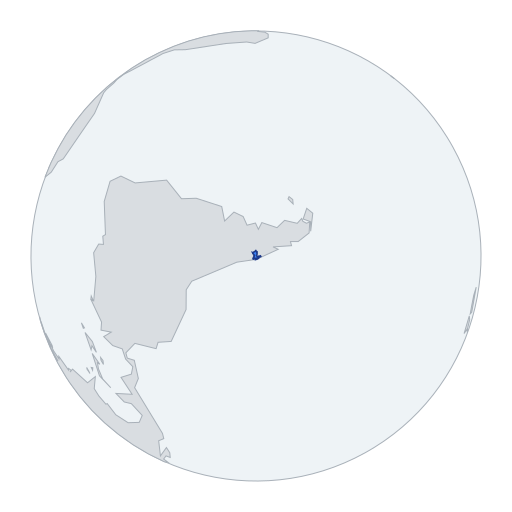 globe centered on Bío-Bío, rotated 241°
{"feature_id": "CHL-2702", "entity_name": "Bío-Bío", "entity_type": "Region", "adm_level": 1, "iso_a3": "CHL", "parent_name": "Chile", "parent_adm1": "", "projection": "orthographic", "projection_center": [-72.611, -37.461], "detail": "fine", "context": "on_globe", "style": "filled", "palette": "blue", "viewbox_px": 512, "rotation_deg": 241, "n_neighbors": 0, "source": "natural_earth", "source_scale": "10m", "svg_char_len": 5233}
<svg xmlns="http://www.w3.org/2000/svg" viewBox="0 0 512 512"><g transform="rotate(241 256 256)"><circle cx="256" cy="256" r="225" fill="#eef3f6" stroke="#a8b0b8"/><path d="M235.9,31.6L238.1,31.5L241.2,31.2L258.6,30.7L276.0,31.6L293.3,33.8L287.4,33.0L271.6,31.4L260.1,31.9L275.3,31.9L278.1,33.0L281.8,33.6L286.2,34.0L288.2,33.8L290.7,34.6L276.6,34.3L274.1,33.6L278.6,33.5L271.2,33.0L261.6,33.8L263.8,34.9L247.2,36.7L248.5,37.6L245.6,38.9L244.6,37.1L246.0,40.7L226.8,47.2L228.4,57.0L218.4,50.2L209.7,50.7L199.1,52.9L199.1,54.3L185.1,56.4L172.2,63.3L167.1,73.2L171.7,79.2L187.3,75.4L192.2,70.0L203.7,66.9L195.1,80.6L215.3,79.1L213.1,89.7L218.9,94.6L229.1,92.0L239.6,94.0L247.1,87.3L259.3,83.7L259.6,92.5L266.3,84.5L273.1,88.9L297.2,90.5L295.4,92.3L315.7,106.0L337.6,115.6L342.7,124.2L340.1,128.2L347.6,131.6L347.7,134.7L377.3,149.7L392.1,164.6L391.4,176.6L378.5,185.7L365.7,214.6L342.2,218.6L335.5,231.7L315.9,250.0L301.8,245.5L305.1,258.0L296.7,263.9L287.3,263.1L285.1,271.5L278.2,271.0L282.4,277.3L270.6,288.1L273.3,298.3L264.6,307.9L266.7,314.1L263.6,313.8L260.2,316.0L259.7,319.5L250.4,313.6L248.2,299.9L251.9,293.1L247.8,292.1L255.7,275.3L251.1,278.7L252.9,254.8L259.9,236.2L265.1,187.6L260.3,178.6L243.1,168.9L222.4,140.4L228.0,128.5L223.4,123.7L238.3,107.7L234.4,95.2L229.1,93.9L223.8,99.0L205.9,93.7L199.7,86.0L146.2,88.2L141.0,86.8L141.6,81.3L127.5,75.5L131.9,84.8L125.7,85.2L121.4,83.3L124.8,80.4L123.2,76.8L118.2,79.0L120.4,76.1L135.1,65.9L150.6,56.9L166.8,49.2L183.5,42.7L200.6,37.6L218.2,33.9L235.9,31.6ZM227.1,61.0L250.2,65.5L237.0,66.9L239.5,65.6L233.7,63.5L222.8,62.3L211.2,65.1L227.1,61.0ZM237.7,54.0L233.7,53.8L237.6,53.5L237.7,54.0ZM265.9,326.4L251.1,315.8L259.5,320.4L265.5,315.2L273.1,323.5L265.9,326.4ZM283.5,313.7L290.4,311.7L291.9,313.7L287.6,315.5L283.5,313.7ZM455.5,360.6L451.5,367.9L451.9,366.0L447.5,372.2L444.1,374.2L440.9,372.4L442.4,358.3L447.7,351.6L456.4,332.8L470.7,294.2L475.9,284.5L478.2,272.8L478.7,239.0L479.0,228.3L477.8,220.0L476.2,215.5L474.1,205.7L472.6,201.9L459.0,183.9L451.4,168.5L434.4,134.5L434.5,128.5L428.6,117.6L427.2,109.6L437.0,121.9L445.9,134.9L454.0,148.5L461.0,162.6L467.0,177.1L472.0,192.1L476.0,207.4L478.8,222.9L480.6,238.6L481.3,254.3L480.8,270.1L479.3,285.8L476.7,301.3L473.0,316.6L468.2,331.7L462.4,346.3L455.5,360.6ZM433.3,117.0L435.2,119.7L435.3,119.7L433.3,117.0ZM298.0,90.4L300.9,92.5L297.0,92.1L298.0,90.4ZM235.1,70.0L240.0,69.9L242.6,70.9L238.8,71.5L235.1,70.0ZM276.5,69.9L282.2,70.9L276.3,71.1L276.5,69.9ZM253.9,66.3L272.0,69.4L260.5,71.4L249.1,69.7L257.0,69.0L253.9,66.3ZM235.3,57.7L238.4,57.9L237.4,59.1L235.3,57.7ZM240.6,53.8L239.4,54.0L237.9,53.2L240.6,53.8ZM278.9,33.0L280.1,33.1L284.6,33.6L282.5,33.6L278.9,33.0ZM296.2,34.3L295.6,34.3L304.2,36.1L307.7,37.3L303.7,36.2L301.6,36.0L290.5,33.9L295.9,34.3L296.2,34.3ZM277.3,31.9L283.6,32.7L276.4,31.8L277.3,31.9ZM348.6,461.1L343.9,463.1L346.9,461.6L348.6,461.1ZM102.2,417.4L101.5,415.3L108.0,420.6L116.1,427.4L122.0,433.5L102.2,417.4ZM96.7,412.0L90.8,406.6L86.8,403.8L89.7,405.1L87.3,400.4L100.2,413.5L96.7,412.0Z" fill="#d9dde1" stroke="#a8b0b8" stroke-width="1"/><path d="M260.8,254.6L260.7,254.7L260.6,254.8L260.6,255.0L260.4,255.3L260.4,255.5L260.5,255.8L260.6,256.0L260.6,256.3L260.6,256.5L260.4,256.7L260.4,256.8L260.4,257.0L260.6,257.5L260.7,257.8L260.8,258.1L260.9,258.3L261.0,258.4L261.0,258.5L260.9,258.6L260.5,258.5L260.4,258.4L260.1,258.4L259.8,258.5L259.7,258.5L259.5,258.8L259.4,258.9L259.2,258.9L259.1,259.0L258.9,259.0L258.8,258.9L258.8,258.7L258.7,258.5L258.7,258.4L258.8,258.4L258.7,258.3L258.3,258.3L258.2,258.3L258.1,258.2L257.9,258.1L257.7,258.2L257.4,257.9L257.2,257.8L257.1,257.7L256.8,257.6L256.7,257.5L256.6,257.4L256.4,257.2L256.4,256.9L256.2,256.8L255.9,256.8L255.8,256.7L255.7,256.7L255.3,256.7L255.1,256.7L254.9,256.8L254.7,256.8L254.6,256.7L254.5,256.8L254.5,257.0L254.4,257.0L254.5,257.1L254.6,257.3L254.6,257.5L254.4,257.6L254.4,257.8L254.4,258.0L254.3,258.3L254.5,258.5L254.1,259.2L254.1,259.3L253.9,259.4L253.9,259.5L254.0,259.9L254.0,260.0L253.9,260.0L253.8,259.9L253.7,259.8L253.4,259.9L253.2,260.0L253.1,259.8L253.1,259.7L253.2,259.4L253.2,259.2L253.3,259.1L253.4,258.5L253.4,258.3L253.3,258.2L253.2,257.9L253.1,257.5L252.9,257.2L252.7,257.1L252.7,256.8L252.7,256.7L252.7,256.4L252.8,256.4L252.9,256.2L252.9,255.9L252.7,255.6L252.7,255.3L252.8,255.3L252.8,255.0L252.8,254.9L253.0,254.8L253.2,255.0L253.3,255.0L253.5,255.1L253.8,255.1L254.0,254.9L254.2,254.5L254.2,254.3L254.2,254.2L254.3,254.0L254.3,253.5L254.3,253.4L254.2,253.3L254.2,253.2L254.3,253.1L254.4,252.9L254.4,252.7L254.5,252.7L254.5,253.0L254.8,253.1L254.8,252.8L254.9,252.7L254.8,252.3L255.0,252.3L255.1,252.0L255.3,252.1L255.4,252.3L255.4,252.5L255.5,252.6L255.7,252.8L255.8,252.9L256.0,253.0L256.1,253.4L256.1,253.5L256.1,253.8L256.0,253.7L255.9,253.7L255.9,253.8L256.0,253.9L256.3,253.9L256.5,253.8L256.8,254.0L257.0,254.2L257.3,254.3L257.3,254.5L257.1,254.6L257.1,254.8L257.3,255.0L257.6,254.9L257.9,254.9L258.2,254.9L258.4,254.8L258.5,254.7L258.8,254.7L259.1,254.7L259.3,254.7L259.5,254.4L259.8,254.4L260.0,254.5L260.4,254.6L260.5,254.6L260.8,254.6ZM253.1,254.2L253.2,254.3L253.3,254.3L253.2,254.4L253.2,254.5L253.1,254.4L253.1,254.2L253.1,254.2Z" fill="#3b82f6" stroke="#1e3a8a" stroke-width="1.5"/></g></svg>